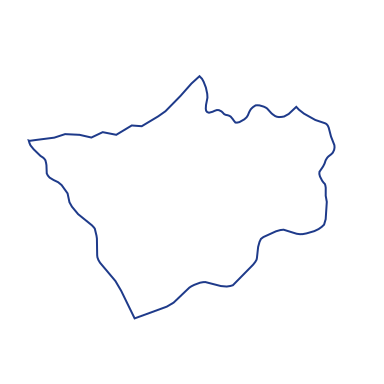 outline of Canelones, rotated 168°
{"feature_id": "URY-17", "entity_name": "Canelones", "entity_type": "Department", "adm_level": 1, "iso_a3": "URY", "parent_name": "Uruguay", "parent_adm1": "", "projection": "mercator", "projection_center": [-56.01, -34.547], "detail": "fine", "context": "isolated", "style": "outline", "palette": "blue", "viewbox_px": 384, "rotation_deg": 168, "n_neighbors": 0, "source": "natural_earth", "source_scale": "10m", "svg_char_len": 2030}
<svg xmlns="http://www.w3.org/2000/svg" viewBox="0 0 384 384"><g transform="rotate(168 192 192)"><path d="M341.0,276.3L340.1,275.8L333.4,275.3L315.4,273.8L304.1,275.0L290.1,271.3L279.1,266.2L266.9,269.1L254.2,263.7L237.1,269.6L227.5,266.8L209.4,273.0L201.2,276.5L183.4,288.3L170.0,298.2L160.6,303.7L158.7,300.7L157.7,297.4L156.7,291.2L156.7,284.9L157.0,282.8L157.3,281.0L160.2,274.2L161.2,270.6L161.3,268.6L160.5,267.0L158.9,266.0L155.2,266.2L153.0,266.7L150.7,267.0L148.7,266.5L146.4,264.7L145.3,263.1L144.5,261.7L143.9,261.1L142.7,260.3L141.2,259.7L139.7,258.8L138.5,257.7L136.9,254.7L136.3,253.2L135.1,250.9L133.6,250.5L131.1,250.5L125.7,252.2L123.1,253.7L121.4,255.4L119.5,258.2L118.4,259.5L117.3,260.7L116.0,261.6L114.6,262.4L111.8,263.5L110.3,263.3L108.0,262.7L104.1,260.6L102.4,259.3L101.2,258.1L98.0,252.6L97.1,251.4L94.9,249.0L93.4,248.0L91.4,247.2L88.5,246.8L86.2,246.7L81.2,248.2L72.3,253.6L70.3,250.3L66.2,245.4L56.4,236.8L47.6,231.6L46.4,230.6L45.4,228.8L44.9,226.5L44.5,217.4L43.0,208.2L43.3,206.0L44.2,203.7L46.1,201.2L47.9,200.0L51.2,198.4L52.5,197.5L53.6,196.4L54.7,195.2L56.4,192.3L58.5,189.7L63.1,185.3L63.7,183.2L63.6,180.6L62.4,176.1L61.4,173.9L60.4,172.3L60.2,170.8L60.3,168.4L62.0,160.5L62.2,154.3L66.9,137.6L69.6,132.6L72.4,130.9L75.9,129.4L80.5,128.3L88.6,127.7L92.6,127.8L95.2,128.3L98.3,129.4L110.3,136.1L113.5,136.4L118.0,136.1L131.5,133.1L134.3,131.8L136.3,129.2L138.7,124.6L142.2,114.0L142.9,112.4L144.6,110.5L147.2,108.3L171.4,92.3L174.0,92.1L177.7,92.3L183.3,94.0L197.6,101.1L199.8,101.5L203.0,101.6L209.1,100.7L212.2,99.9L214.5,99.0L233.0,87.6L240.5,85.1L274.4,80.3L281.8,110.0L285.4,120.8L296.7,142.0L297.7,145.0L298.1,147.8L297.9,149.9L294.7,166.2L294.5,169.1L294.7,176.3L295.3,177.7L296.8,180.2L308.0,194.0L312.5,202.6L314.0,207.4L314.0,216.5L318.1,225.9L320.9,229.4L324.9,232.5L328.3,235.7L329.6,238.1L330.2,240.4L328.8,248.5L328.7,250.8L328.8,253.5L329.6,255.3L330.6,256.7L332.7,258.8L338.0,266.7L340.3,271.2L340.8,273.7L341.0,276.3Z" fill="none" stroke="#1e3a8a" stroke-width="2"/></g></svg>